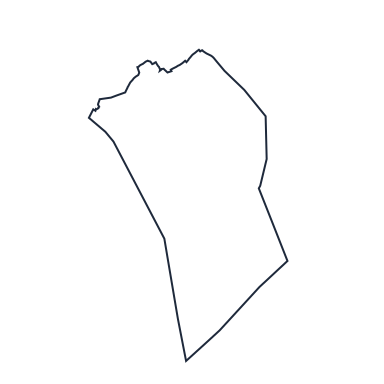 the district of Magdalena Tlacotepec, Oaxaca, Mexico, rotated 234°
{"feature_id": "50627088B48372928795218", "entity_name": "Magdalena Tlacotepec", "entity_type": "district", "adm_level": 2, "iso_a3": "MEX", "parent_name": "Mexico", "parent_adm1": "Oaxaca", "projection": "albers", "projection_center": [-95.197, 16.516], "detail": "fine", "context": "isolated", "style": "outline", "palette": "slate", "viewbox_px": 384, "rotation_deg": 234, "n_neighbors": 0, "source": "geoboundaries", "source_scale": "gbopen_adm2", "svg_char_len": 1573}
<svg xmlns="http://www.w3.org/2000/svg" viewBox="0 0 384 384"><g transform="rotate(234 192 192)"><path d="M58.8,87.9L61.7,114.6L63.8,133.0L75.5,190.7L80.1,228.7L119.5,238.9L155.7,248.2L156.9,250.8L174.8,271.8L210.0,296.1L243.9,294.3L270.9,289.5L283.8,288.6L287.6,288.4L289.4,288.1L291.2,287.5L292.5,286.8L295.5,285.2L296.8,284.7L299.0,283.9L299.5,283.7L300.4,283.7L300.7,283.6L300.8,283.4L300.9,281.2L301.1,281.1L302.0,281.3L302.4,281.3L303.0,281.2L303.0,278.9L302.8,276.4L302.8,273.6L302.6,272.2L301.9,269.7L301.7,268.7L301.5,267.8L301.0,266.7L300.3,263.8L302.2,263.6L301.9,260.0L302.0,256.8L302.0,256.7L302.4,254.8L302.5,252.7L302.8,251.0L303.2,248.6L303.4,246.7L301.8,246.4L303.1,242.4L305.3,242.0L305.5,242.0L306.7,241.7L308.4,241.5L309.2,239.9L309.5,239.5L309.5,238.5L309.4,238.5L309.0,238.5L309.0,237.3L309.6,238.1L312.5,238.8L314.1,238.6L316.9,238.8L318.3,239.0L318.5,237.8L318.5,236.7L318.4,236.6L318.8,235.0L320.6,235.0L322.0,235.0L322.9,234.2L324.3,233.3L324.3,232.9L324.6,231.7L324.7,230.8L324.6,229.6L324.6,228.1L324.5,227.7L324.7,226.8L325.0,225.0L325.0,223.6L324.7,222.6L324.8,222.0L325.1,221.2L319.6,219.5L318.2,217.3L318.3,215.7L318.4,214.3L318.2,211.7L317.6,209.8L316.9,206.4L315.5,203.5L314.8,202.1L314.7,201.7L314.6,201.4L314.1,200.8L313.0,198.6L311.8,196.5L314.4,187.7L316.0,181.9L321.3,171.9L321.2,171.8L318.7,168.1L317.9,167.3L315.5,167.0L315.3,165.8L314.8,165.5L315.1,163.0L315.5,162.9L314.5,161.6L316.9,160.7L312.6,152.2L291.6,157.3L278.9,158.1L170.5,142.2L149.4,131.7L97.6,106.0L58.8,87.9Z" fill="none" stroke="#1e293b" stroke-width="2"/></g></svg>